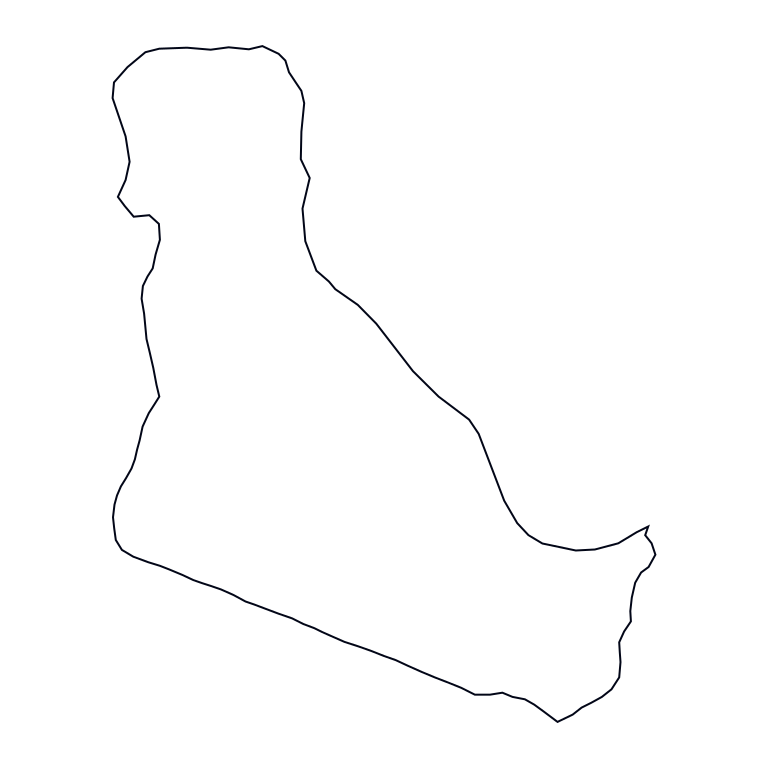 outline of Cachoeira Dourada, Minas Gerais, Brazil
{"feature_id": "56859067B85859167523547", "entity_name": "Cachoeira Dourada", "entity_type": "district", "adm_level": 2, "iso_a3": "BRA", "parent_name": "Brazil", "parent_adm1": "Minas Gerais", "projection": "mercator", "projection_center": [-49.478, -18.596], "detail": "fine", "context": "isolated", "style": "outline", "palette": "ink", "viewbox_px": 768, "rotation_deg": 0, "n_neighbors": 0, "source": "geoboundaries", "source_scale": "gbopen_adm2", "svg_char_len": 1708}
<svg xmlns="http://www.w3.org/2000/svg" viewBox="0 0 768 768"><path d="M309.7,178.0L300.8,159.2L301.4,131.6L302.9,116.3L304.2,103.2L301.4,90.9L295.7,82.4L289.0,72.3L285.4,60.6L278.6,53.8L262.4,46.1L248.9,49.3L228.6,47.3L210.7,49.7L187.0,47.7L159.3,48.7L145.4,52.2L127.5,67.1L114.0,82.4L112.6,98.1L125.6,136.4L129.6,161.8L125.6,180.0L117.9,196.9L124.7,206.0L133.7,216.7L149.3,215.2L158.9,223.9L159.9,239.8L155.6,254.5L152.7,268.4L147.5,276.5L142.9,286.0L141.6,298.7L144.1,313.6L145.4,327.3L146.5,339.0L149.7,352.3L153.3,368.0L156.5,384.9L159.3,396.6L154.2,404.7L148.8,413.1L142.6,426.6L139.6,440.5L137.1,449.6L134.9,459.3L131.5,468.5L126.0,478.2L120.9,486.4L117.0,495.5L114.5,504.6L113.0,517.3L114.2,528.3L115.8,540.0L121.9,549.9L133.3,556.7L148.2,562.2L159.9,565.8L169.1,569.4L182.3,574.9L193.4,580.1L202.0,583.1L210.7,585.9L220.9,589.4L233.5,595.0L245.5,601.5L254.2,604.5L265.3,608.7L278.6,613.7L292.2,618.4L303.3,624.0L314.4,628.2L322.3,632.1L331.3,636.1L344.5,641.9L358.4,646.4L371.4,651.0L384.0,656.0L395.7,660.1L407.7,665.7L421.6,671.9L434.8,677.4L446.7,682.0L461.2,687.8L474.9,694.7L489.8,694.7L502.4,692.7L512.5,696.9L524.9,699.3L534.2,704.6L543.8,711.6L557.5,721.9L572.7,714.6L581.6,707.6L591.2,702.8L601.9,696.9L611.5,689.3L619.2,677.4L620.5,662.1L619.8,652.4L619.2,642.3L624.1,631.5L630.9,621.4L630.3,611.1L631.8,597.6L635.2,582.7L641.1,572.5L648.6,567.0L655.4,554.7L651.6,543.3L645.2,535.2L648.2,526.5L636.7,532.2L618.3,543.3L594.9,549.5L575.8,550.5L542.4,543.5L528.5,535.2L517.2,523.1L504.2,500.7L478.7,433.9L469.1,419.6L438.6,396.6L413.0,371.2L376.3,323.7L357.8,304.9L335.3,289.2L328.9,281.5L316.4,270.7L305.3,241.2L302.5,208.6L309.7,178.0Z" fill="none" stroke="#020617" stroke-width="2"/></svg>